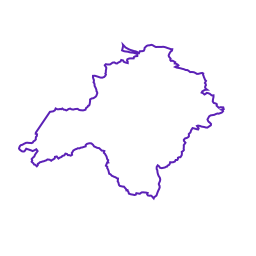 Saboeiro, Ceará, Brazil, rotated 224°
{"feature_id": "56859067B30594238017087", "entity_name": "Saboeiro", "entity_type": "district", "adm_level": 2, "iso_a3": "BRA", "parent_name": "Brazil", "parent_adm1": "Ceará", "projection": "mercator", "projection_center": [-39.88, -6.458], "detail": "fine", "context": "isolated", "style": "outline", "palette": "violet", "viewbox_px": 256, "rotation_deg": 224, "n_neighbors": 0, "source": "geoboundaries", "source_scale": "gbopen_adm2", "svg_char_len": 5602}
<svg xmlns="http://www.w3.org/2000/svg" viewBox="0 0 256 256"><g transform="rotate(224 128 128)"><path d="M167.0,37.1L167.1,38.6L168.0,39.6L167.6,40.8L167.6,42.1L166.7,43.5L166.2,44.6L165.5,45.5L165.1,46.5L164.4,47.8L164.1,49.4L162.3,50.8L160.5,51.1L160.4,52.3L160.0,53.3L159.6,55.1L160.5,56.5L159.5,58.0L158.2,57.8L156.8,57.7L156.5,59.3L155.7,61.0L155.8,62.3L154.8,64.1L155.2,66.1L153.9,66.9L152.4,66.7L151.4,67.7L150.0,68.3L149.6,69.9L151.1,71.0L151.3,72.5L151.7,73.8L151.0,76.3L150.4,77.2L150.1,78.5L148.8,79.6L148.3,81.1L147.4,82.2L146.7,83.6L145.7,85.4L146.6,86.4L146.5,88.0L145.6,89.6L144.9,90.5L143.6,91.5L141.5,91.6L139.6,91.2L138.0,91.8L136.4,92.3L134.7,93.5L133.0,93.5L131.2,93.5L130.1,94.4L129.0,95.0L128.2,93.4L126.4,93.4L125.2,93.0L123.7,92.6L122.4,91.8L121.4,91.2L119.9,91.1L119.5,90.0L118.2,89.5L118.9,88.5L117.7,85.5L116.0,85.7L115.1,84.7L114.1,84.5L112.5,83.8L110.8,82.7L109.7,82.0L108.6,82.5L107.5,82.5L106.4,82.4L105.5,82.8L104.2,83.2L102.7,83.9L101.1,84.1L100.1,84.7L99.2,83.6L98.3,82.4L97.1,82.2L95.8,81.3L94.7,80.7L93.5,80.7L92.6,81.3L91.1,82.2L90.2,83.0L88.3,82.8L87.0,82.7L85.8,82.0L85.2,83.0L84.2,82.5L83.0,82.2L81.8,81.4L80.0,82.2L78.1,83.5L76.8,84.3L76.1,85.4L76.7,86.9L73.8,88.9L73.7,89.9L73.4,91.2L72.4,92.3L71.2,93.2L70.3,94.0L68.7,94.9L68.2,93.6L66.9,93.3L65.5,94.2L64.6,95.3L63.3,95.5L61.9,95.3L60.6,95.2L61.1,96.4L60.8,97.8L60.6,99.2L61.6,101.3L62.3,102.9L62.8,104.2L63.2,105.6L63.9,107.2L65.1,108.3L66.1,108.6L67.0,109.1L67.5,110.3L68.2,112.2L69.2,113.5L70.7,114.4L72.6,114.8L74.2,115.5L75.7,116.4L76.7,117.2L77.6,118.0L78.9,118.4L80.3,119.9L80.7,121.8L78.9,122.0L77.4,121.6L75.9,122.5L75.0,123.8L74.0,125.3L73.7,126.5L73.1,127.4L73.4,128.4L72.8,130.1L73.1,131.3L73.9,132.7L72.6,133.7L71.6,135.0L71.0,136.5L71.5,138.1L70.3,139.3L70.7,140.6L71.4,141.3L71.0,142.4L70.0,143.4L70.2,144.4L70.5,145.8L71.5,147.1L72.8,148.2L72.4,149.7L72.5,151.0L73.6,151.8L74.8,153.3L76.0,154.4L76.4,157.3L78.9,157.6L79.7,158.4L79.7,160.3L78.8,161.6L78.3,163.4L78.5,164.5L80.1,165.9L80.0,168.2L81.0,170.2L81.2,171.2L81.5,172.8L80.0,173.7L78.5,174.5L77.5,175.0L76.5,175.7L77.0,176.9L78.6,177.1L79.8,177.4L79.3,178.4L77.6,179.5L76.1,180.1L73.8,181.7L72.4,182.4L71.2,183.4L70.3,187.5L71.1,188.6L73.1,188.7L74.2,188.5L75.3,188.7L76.8,189.4L77.3,191.3L77.7,192.8L77.3,194.5L75.1,197.4L74.4,199.3L73.7,200.6L72.7,201.3L71.6,203.5L71.2,204.6L71.3,206.2L72.3,206.6L73.3,206.2L72.3,208.1L73.8,209.0L75.9,207.2L76.7,205.6L79.8,205.6L80.6,206.8L81.9,206.6L83.7,205.6L85.4,205.9L86.6,207.4L88.1,209.8L89.2,210.9L90.1,209.8L91.5,209.5L93.0,209.4L94.6,208.7L95.8,207.9L95.9,206.3L96.3,205.2L98.1,205.2L99.6,204.6L100.0,206.0L99.7,207.0L99.4,208.1L98.8,209.4L97.7,210.5L99.3,210.3L100.7,210.7L101.4,211.6L101.7,213.0L102.7,213.6L104.0,213.8L104.3,215.0L104.6,216.1L105.9,216.1L107.6,216.9L108.7,217.3L109.9,218.0L111.0,218.4L111.7,219.5L112.8,219.2L113.8,217.9L114.5,216.7L115.1,215.7L116.2,214.7L117.5,214.5L119.3,213.9L120.3,213.2L121.2,212.4L122.1,211.4L123.5,211.3L125.4,211.0L126.8,209.8L128.9,209.0L130.0,208.3L131.0,207.8L131.9,207.3L132.7,206.8L134.0,205.9L134.9,205.3L136.5,204.7L136.2,205.8L135.2,206.8L135.2,208.1L136.4,208.1L138.0,207.7L139.2,206.9L139.8,208.1L141.4,207.7L142.8,207.3L143.7,206.1L144.9,206.3L145.5,207.5L148.2,207.8L149.2,208.5L149.8,210.0L150.2,211.5L150.4,212.8L150.1,214.2L150.9,215.4L151.9,214.5L153.9,213.6L155.5,212.8L156.7,212.3L157.7,211.8L159.2,210.8L159.9,209.9L160.9,208.9L163.1,206.8L164.1,205.7L165.4,205.2L167.7,204.7L168.8,204.2L170.0,202.4L171.0,201.3L171.6,200.0L171.7,197.2L170.8,196.0L170.3,194.6L170.9,193.4L171.9,192.4L172.8,191.4L172.1,189.5L173.1,189.2L174.4,189.0L176.0,188.3L177.0,187.6L178.0,187.1L179.2,186.5L180.5,185.8L182.1,185.2L185.7,184.2L189.5,184.4L188.4,183.6L187.9,182.6L187.3,181.7L186.8,180.8L186.2,179.7L184.6,180.3L183.4,181.0L182.5,181.7L180.9,182.9L179.1,183.8L177.5,185.0L176.6,185.8L175.5,186.4L174.1,187.0L172.6,187.8L171.3,186.2L172.5,184.8L173.0,183.2L172.3,182.0L175.0,179.4L175.8,178.1L176.2,176.9L175.6,175.9L174.4,175.6L173.3,174.5L175.4,173.3L177.1,172.7L178.4,173.2L180.1,172.2L179.6,170.7L180.5,168.2L180.7,166.8L181.6,166.1L183.4,165.7L184.5,164.3L184.8,162.4L185.1,161.2L186.0,160.3L187.1,159.3L188.3,158.5L188.3,157.0L187.1,156.7L185.8,156.5L184.8,155.5L183.8,153.9L182.5,152.5L182.1,151.4L181.1,151.2L180.6,150.0L180.6,148.1L181.5,146.3L182.9,145.1L185.1,144.1L187.1,143.1L188.2,142.5L189.4,141.2L188.4,140.1L186.8,139.2L185.8,138.8L185.0,137.9L184.5,136.9L183.4,136.8L182.3,136.1L181.3,135.1L180.1,134.7L178.7,134.2L177.3,133.5L176.1,132.5L175.0,132.3L174.2,131.6L173.8,130.6L173.2,129.4L173.0,128.3L173.2,127.0L173.6,125.4L174.7,123.9L175.1,122.2L174.0,121.1L172.2,118.6L171.6,117.3L172.1,116.3L171.7,114.8L172.1,113.5L171.3,111.6L172.0,110.3L172.6,109.4L173.7,108.5L174.8,107.6L175.9,107.0L177.5,106.8L178.6,105.6L179.5,104.4L180.2,103.2L181.8,102.1L183.1,101.8L184.0,100.2L184.2,98.8L184.6,97.8L185.9,97.4L187.1,96.5L188.8,96.4L189.1,95.1L190.1,94.5L190.6,93.6L191.9,92.3L193.6,91.8L192.9,89.9L193.4,88.0L194.4,86.7L195.4,85.4L191.1,60.7L190.4,59.7L189.1,60.3L188.0,58.8L188.0,57.6L187.2,56.5L186.4,55.8L186.3,54.4L186.7,52.7L186.4,51.3L186.9,50.1L188.1,49.2L189.2,48.2L190.2,47.5L191.1,46.4L191.9,44.2L192.3,42.6L193.1,41.4L193.2,40.1L192.8,38.8L192.1,37.5L191.0,37.2L188.3,37.5L187.1,38.2L186.4,39.1L186.4,40.3L186.8,42.4L185.9,42.8L184.3,43.6L181.7,44.8L180.6,45.1L180.1,46.3L179.7,47.3L179.2,49.0L177.0,48.6L176.8,47.2L176.6,45.6L176.3,44.1L175.6,42.4L175.8,40.5L175.7,38.7L174.4,38.2L173.9,36.8L172.8,36.8L171.6,36.9L170.2,36.5L169.2,37.1L167.0,37.1Z" fill="none" stroke="#5b21b6" stroke-width="2"/></g></svg>